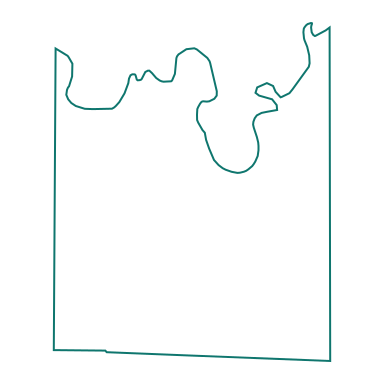 Cooke, Texas, United States of America (Natural Earth projection)
{"feature_id": "52423323B51849349717412", "entity_name": "Cooke", "entity_type": "district", "adm_level": 2, "iso_a3": "USA", "parent_name": "United States of America", "parent_adm1": "Texas", "projection": "natural_earth1", "projection_center": [-97.188, 33.686], "detail": "fine", "context": "isolated", "style": "outline", "palette": "teal", "viewbox_px": 384, "rotation_deg": 0, "n_neighbors": 0, "source": "geoboundaries", "source_scale": "gbopen_adm2", "svg_char_len": 1664}
<svg xmlns="http://www.w3.org/2000/svg" viewBox="0 0 384 384"><path d="M106.7,352.2L189.6,355.5L330.2,361.0L329.6,27.5L325.7,30.4L315.4,35.9L314.8,36.0L313.2,34.9L311.7,32.3L311.1,27.6L311.3,25.9L312.0,23.8L311.9,23.2L311.0,23.0L307.6,24.1L306.1,25.3L304.4,27.5L303.8,28.7L303.4,32.2L304.0,38.3L304.5,40.2L307.2,46.8L309.2,55.3L309.6,63.3L308.8,66.8L292.4,89.5L289.4,93.2L281.8,96.9L280.6,97.3L275.6,91.8L273.1,86.0L266.9,83.1L257.2,87.4L255.5,92.8L259.1,95.6L272.1,99.3L276.7,105.1L277.1,110.0L267.0,111.8L261.6,112.9L256.8,115.4L254.7,118.3L253.4,121.8L253.1,124.6L253.8,127.7L256.9,137.1L258.2,142.5L258.5,145.9L258.5,150.2L257.7,156.0L255.3,161.5L253.7,164.1L252.2,166.1L248.4,169.3L246.2,170.8L244.0,171.7L240.0,172.7L237.4,172.9L231.6,171.8L225.6,169.7L222.7,168.2L218.6,165.1L214.0,160.0L209.1,148.5L206.1,139.9L204.8,132.7L202.5,130.1L198.2,122.6L197.1,120.0L197.0,114.7L197.3,109.1L198.1,107.2L200.0,103.8L201.2,102.2L202.0,101.6L203.1,101.3L206.9,101.6L209.3,101.3L214.3,98.8L216.7,95.6L216.8,91.3L210.2,63.2L209.6,61.3L207.3,57.9L196.8,49.4L194.3,48.3L186.4,49.2L178.5,54.4L177.0,56.4L176.4,58.1L174.9,73.9L172.3,80.0L171.6,81.0L171.1,81.3L163.5,81.7L161.6,81.3L159.7,80.5L156.2,78.0L152.0,73.1L149.4,70.7L147.8,70.7L145.3,72.0L141.7,79.0L141.0,79.7L139.8,80.1L137.7,80.3L136.8,79.6L135.6,75.4L135.1,74.6L134.2,74.3L132.3,74.3L130.5,75.3L129.0,78.6L128.3,83.2L124.5,93.4L119.3,102.1L115.8,106.0L114.1,107.5L112.0,108.7L92.9,109.1L84.8,108.8L75.8,106.0L71.3,103.0L68.2,99.3L66.3,94.8L67.0,89.9L68.0,87.5L69.0,86.4L72.1,76.5L72.4,63.7L68.7,57.3L67.6,55.8L55.6,48.5L53.8,350.1L105.3,350.6L106.7,352.2Z" fill="none" stroke="#0f766e" stroke-width="2"/></svg>